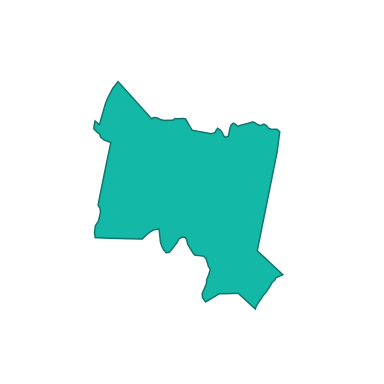 Santa Luzia, Paraíba, Brazil (orthographic projection), rotated 328°
{"feature_id": "56859067B37147580586043", "entity_name": "Santa Luzia", "entity_type": "district", "adm_level": 2, "iso_a3": "BRA", "parent_name": "Brazil", "parent_adm1": "Paraíba", "projection": "orthographic", "projection_center": [-36.906, -6.919], "detail": "fine", "context": "isolated", "style": "filled", "palette": "teal", "viewbox_px": 384, "rotation_deg": 328, "n_neighbors": 0, "source": "geoboundaries", "source_scale": "gbopen_adm2", "svg_char_len": 1629}
<svg xmlns="http://www.w3.org/2000/svg" viewBox="0 0 384 384"><g transform="rotate(328 192 192)"><path d="M147.4,80.4L144.3,83.7L142.2,86.4L142.9,89.6L143.6,92.0L144.4,94.2L143.5,96.9L145.1,101.4L147.2,104.2L149.3,107.1L142.0,114.7L132.2,124.9L105.4,153.3L105.4,156.8L103.7,160.7L97.4,167.0L92.2,169.4L87.8,174.7L85.7,179.4L97.2,187.3L124.8,205.5L129.8,204.4L134.4,203.7L139.5,203.8L144.4,206.0L142.8,209.3L140.3,214.5L138.9,217.3L137.7,221.7L137.3,225.8L137.9,229.9L140.8,231.1L143.7,230.3L152.6,226.9L156.1,224.8L160.2,225.2L162.3,227.0L162.1,229.8L160.6,234.5L160.5,244.7L161.1,247.3L164.4,249.7L167.9,252.6L168.6,256.0L166.5,263.9L166.5,267.3L161.9,271.4L157.9,274.2L155.8,277.3L151.9,280.0L146.7,283.7L144.9,287.3L145.3,292.5L161.1,292.7L167.4,296.5L177.5,302.4L183.7,324.8L185.9,322.9L188.2,321.7L191.2,320.4L193.5,319.4L197.6,317.5L201.2,316.5L204.7,314.9L207.9,313.4L209.9,312.3L212.6,310.9L215.2,310.6L217.5,309.3L220.7,309.6L225.2,310.3L216.2,276.4L222.9,269.3L285.0,203.6L298.3,187.5L297.4,184.0L295.1,182.4L292.8,181.2L290.6,178.3L290.4,175.1L288.9,172.4L285.5,172.1L283.2,169.4L282.0,166.4L280.4,164.6L276.8,163.7L273.0,162.6L269.7,161.4L265.5,160.5L264.8,157.7L263.4,155.4L260.4,156.0L258.5,157.6L255.9,160.2L254.4,161.9L252.0,164.1L248.9,162.9L248.7,160.2L249.0,157.8L248.9,154.9L247.5,151.5L245.0,152.6L243.0,153.8L239.1,152.7L224.8,139.7L225.2,126.4L222.9,124.6L219.5,122.8L216.5,120.7L214.0,121.0L211.6,119.7L208.9,118.0L206.4,116.7L203.7,113.9L201.5,110.3L198.9,108.5L196.5,108.5L187.8,59.2L179.7,62.1L170.1,67.8L165.4,71.2L149.1,85.9L147.4,80.4Z" fill="#14b8a6" stroke="#0f766e" stroke-width="1.5"/></g></svg>